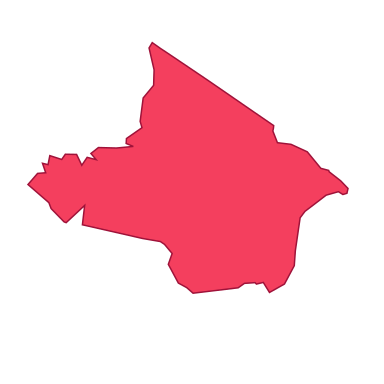 Asan, Guam, rotated 132°
{"feature_id": "77769853B60030225466541", "entity_name": "Asan", "entity_type": "district", "adm_level": 2, "iso_a3": "GUM", "parent_name": "Guam", "parent_adm1": "", "projection": "robinson", "projection_center": [144.726, 13.457], "detail": "fine", "context": "isolated", "style": "filled", "palette": "rose", "viewbox_px": 384, "rotation_deg": 132, "n_neighbors": 0, "source": "geoboundaries", "source_scale": "gbopen_adm2", "svg_char_len": 1011}
<svg xmlns="http://www.w3.org/2000/svg" viewBox="0 0 384 384"><g transform="rotate(132 192 192)"><path d="M198.5,61.7L178.3,66.7L168.8,74.1L166.5,75.9L138.8,94.4L130.8,95.1L118.2,92.7L104.6,90.2L93.8,83.4L92.9,78.2L89.3,76.0L85.0,78.4L84.2,88.9L85.2,103.5L84.5,104.9L88.2,112.1L85.0,133.2L90.3,150.3L98.2,161.5L92.6,172.7L90.2,174.1L88.0,175.7L91.2,199.9L98.1,252.9L100.2,268.0L105.4,304.8L106.4,311.4L107.6,321.5L113.7,320.3L126.6,301.9L138.4,291.9L154.8,291.2L174.2,277.8L177.7,272.2L196.1,276.5L200.0,273.4L197.4,266.1L209.9,277.6L221.6,291.3L231.0,292.9L232.1,284.9L236.4,293.1L245.9,291.8L241.3,302.9L248.7,311.4L255.0,310.6L260.1,322.0L268.0,317.3L270.7,322.3L275.6,313.6L281.5,319.2L296.2,318.9L295.7,291.2L298.6,285.6L299.8,267.1L299.0,265.0L273.8,262.8L289.7,251.5L259.6,197.6L250.0,182.4L249.3,177.4L251.0,165.6L261.6,161.2L268.8,141.2L266.6,132.0L266.5,123.5L232.3,93.6L224.8,91.9L217.2,84.5L217.3,82.5L211.5,78.5L214.8,67.2L198.5,61.7Z" fill="#f43f5e" stroke="#9f1239" stroke-width="1.5"/></g></svg>